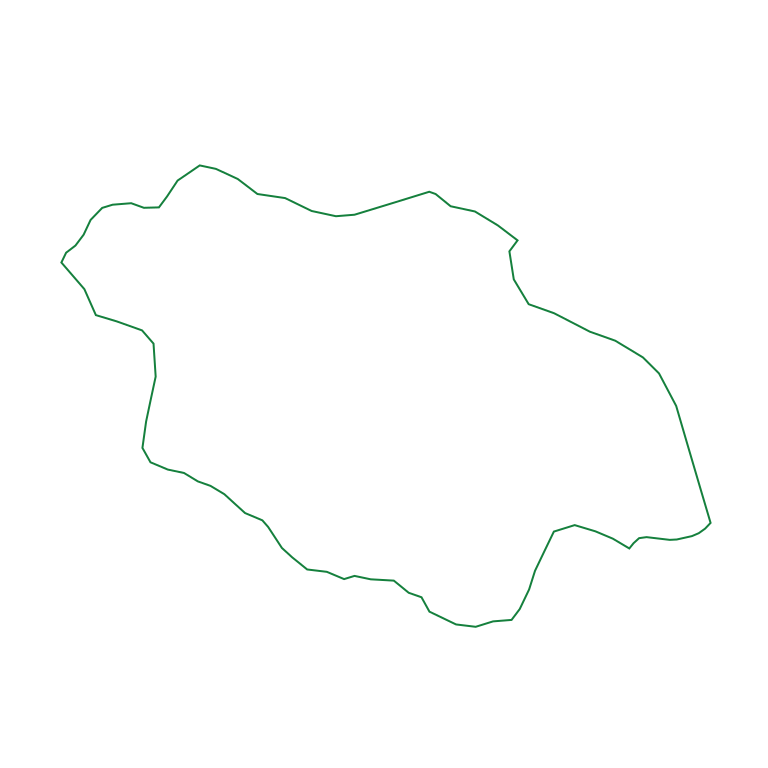 Unhung, Ryanggang, North Korea, rotated 343°
{"feature_id": "82179303B62384537244682", "entity_name": "Unhung", "entity_type": "district", "adm_level": 2, "iso_a3": "PRK", "parent_name": "North Korea", "parent_adm1": "Ryanggang", "projection": "mercator", "projection_center": [128.55, 41.324], "detail": "fine", "context": "isolated", "style": "outline", "palette": "green", "viewbox_px": 768, "rotation_deg": 343, "n_neighbors": 0, "source": "geoboundaries", "source_scale": "gbopen_adm2", "svg_char_len": 1270}
<svg xmlns="http://www.w3.org/2000/svg" viewBox="0 0 768 768"><g transform="rotate(343 384 384)"><path d="M231.4,486.8L234.9,498.8L238.4,510.9L245.5,522.9L256.3,538.9L274.4,546.9L288.8,558.9L299.7,558.9L314.2,566.9L335.9,574.9L346.6,590.9L357.5,598.9L360.9,615.0L382.6,635.0L400.7,643.0L418.9,642.9L437.0,646.9L448.0,638.9L462.7,622.9L473.8,606.8L488.5,590.8L503.3,574.8L525.1,574.7L543.1,586.7L557.6,598.8L570.5,613.0L576.1,609.2L582.9,606.0L590.3,607.2L611.7,616.6L618.5,618.3L634.0,619.5L641.4,618.7L648.8,616.2L655.7,612.3L656.0,578.6L656.5,530.5L657.0,490.4L650.1,454.3L639.4,434.3L617.8,410.2L596.2,394.2L567.4,366.1L545.7,350.0L538.7,321.9L542.7,293.8L553.7,285.7L539.3,265.7L521.4,245.6L499.7,233.5L488.9,217.4L483.5,213.4L441.7,213.5L405.3,213.5L387.1,209.5L365.4,197.4L343.8,177.3L318.5,165.3L304.1,145.2L286.1,129.1L271.7,121.1L246.1,129.1L231.4,141.2L220.4,149.3L205.9,145.3L195.1,137.2L176.9,133.2L166.0,133.2L151.4,141.3L140.4,153.4L129.4,161.4L118.4,165.5L111.0,173.5L125.2,205.7L128.6,233.9L146.6,245.9L168.3,262.0L175.4,278.0L167.8,310.2L156.6,330.3L145.5,350.4L134.3,374.5L137.8,390.6L152.2,402.6L166.7,410.6L177.5,422.7L188.3,430.7L199.1,442.7L206.2,454.7L213.4,466.8L227.8,478.8L231.4,486.8Z" fill="none" stroke="#15803d" stroke-width="2"/></g></svg>